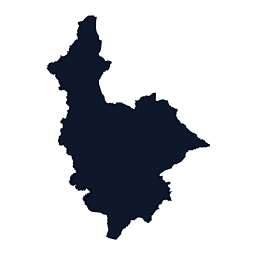 Mueang Trang, Trang, Thailand, rotated 271°
{"feature_id": "78962969B27556566790630", "entity_name": "Mueang Trang", "entity_type": "district", "adm_level": 2, "iso_a3": "THA", "parent_name": "Thailand", "parent_adm1": "Trang", "projection": "orthographic", "projection_center": [99.629, 7.592], "detail": "fine", "context": "isolated", "style": "filled", "palette": "ink", "viewbox_px": 256, "rotation_deg": 271, "n_neighbors": 0, "source": "geoboundaries", "source_scale": "gbopen_adm2", "svg_char_len": 5711}
<svg xmlns="http://www.w3.org/2000/svg" viewBox="0 0 256 256"><g transform="rotate(271 128 128)"><path d="M71.8,71.7L71.5,72.8L70.7,72.3L70.0,74.3L71.4,76.7L71.2,77.5L69.1,78.8L68.5,78.2L68.8,76.9L68.2,76.9L67.0,77.4L66.6,78.0L67.6,78.8L67.5,79.4L65.1,79.6L65.9,82.7L64.8,84.3L67.1,82.8L67.5,83.1L66.8,85.0L65.6,85.8L66.0,86.2L67.2,86.0L67.7,86.5L67.5,88.0L65.3,90.4L66.2,91.9L63.9,91.7L62.1,92.3L62.0,90.3L61.4,90.0L60.9,90.6L61.3,88.7L60.8,88.7L59.4,90.0L58.4,88.8L59.5,88.4L60.1,86.9L58.8,86.5L58.4,86.8L57.8,86.0L58.3,85.4L56.9,85.4L57.0,84.7L56.2,84.6L55.9,85.2L54.9,85.3L55.5,86.8L54.4,87.2L53.5,86.5L53.1,87.1L52.8,86.6L51.1,86.9L50.7,88.3L46.1,90.6L44.4,93.2L43.6,102.3L43.2,103.4L42.1,104.3L41.3,108.8L37.0,110.1L36.2,109.5L34.0,109.9L32.0,109.4L31.0,110.3L30.3,109.9L26.0,111.0L19.5,108.9L18.4,110.8L16.8,117.8L22.0,122.2L24.6,122.7L27.0,124.0L28.0,125.1L28.7,127.0L30.5,127.1L30.3,129.0L32.1,129.7L32.2,130.5L34.1,131.5L36.5,131.6L36.7,135.7L39.4,138.9L39.5,141.5L38.7,144.4L35.5,146.8L35.3,148.6L34.3,149.0L34.2,149.8L34.9,149.4L34.8,150.0L35.8,149.8L35.6,150.4L36.1,150.7L35.6,150.9L36.1,151.3L35.8,152.1L37.0,152.6L38.1,152.4L38.4,151.9L38.8,152.5L40.4,152.3L42.0,152.7L41.9,153.4L42.7,153.7L42.2,153.9L42.6,154.4L44.0,154.6L44.2,155.3L45.2,155.1L45.6,156.4L46.7,156.5L48.1,159.5L48.4,159.0L48.0,158.5L50.3,159.2L50.2,158.4L51.3,158.4L51.6,159.4L52.4,159.5L52.9,161.4L53.2,160.6L54.2,162.6L55.2,162.3L55.2,163.1L56.2,163.1L57.0,164.5L57.9,164.6L57.3,166.3L57.7,166.4L57.8,168.3L56.6,169.9L57.1,170.1L56.6,171.9L57.6,171.7L57.8,171.2L58.5,171.3L58.6,170.8L59.7,170.9L61.2,169.8L62.5,170.5L63.2,170.3L63.7,171.0L64.2,170.7L64.5,171.1L64.4,170.2L65.0,169.9L64.8,169.4L66.0,169.8L67.1,169.4L67.6,170.6L68.2,170.5L69.7,168.6L71.7,167.8L72.6,168.2L73.1,170.5L73.9,170.7L74.3,169.8L73.6,168.0L73.7,165.7L75.3,165.0L76.9,162.6L80.0,162.8L79.6,160.9L80.5,159.6L81.7,159.5L83.5,160.6L86.9,165.4L89.0,171.6L90.9,172.5L93.4,174.7L93.4,176.9L96.0,181.6L100.7,185.4L102.8,185.1L106.1,186.9L105.9,187.8L107.7,188.6L107.6,192.5L108.9,195.0L108.7,195.6L109.5,196.0L109.6,197.9L110.5,199.3L110.8,201.7L110.4,202.8L111.3,204.5L110.6,205.6L111.3,207.6L112.3,208.0L111.6,208.6L111.8,209.5L112.7,209.3L112.8,207.8L114.1,207.0L114.1,205.7L116.2,204.5L116.0,203.6L117.3,202.9L116.9,201.0L117.4,199.7L118.3,199.7L117.7,198.1L119.0,198.0L120.8,196.0L121.6,196.5L122.4,195.9L123.4,193.9L122.9,193.6L123.8,192.4L123.5,192.0L124.4,191.6L124.5,190.6L125.2,190.3L125.0,189.6L126.7,188.7L127.3,187.3L127.9,187.2L129.4,185.4L130.5,185.4L131.3,184.9L132.7,182.8L132.8,180.7L133.3,179.9L134.4,179.8L135.4,178.7L136.1,178.6L137.4,176.6L138.7,176.4L139.6,175.5L140.2,175.7L141.8,174.5L142.9,175.6L144.2,175.1L145.3,176.1L146.9,176.7L147.5,175.8L147.3,174.8L148.6,172.7L148.4,172.3L148.9,172.2L149.2,170.1L150.4,169.8L151.0,168.3L155.7,166.5L155.6,163.4L156.5,163.3L156.4,161.5L155.5,158.8L154.6,158.4L155.2,154.5L162.9,154.6L162.9,152.9L160.2,149.6L159.5,147.9L160.2,146.1L159.0,143.7L159.2,143.1L158.5,143.0L159.0,142.4L158.5,142.1L158.7,141.1L157.5,140.1L156.8,140.1L155.4,138.6L155.3,137.7L154.7,137.5L155.0,135.6L154.1,136.0L152.7,135.7L152.5,135.2L149.5,136.2L148.4,135.3L147.1,135.2L146.0,132.8L147.2,131.7L147.3,130.5L149.3,129.0L149.5,127.2L151.7,122.7L151.6,121.8L152.6,121.2L152.6,116.4L151.4,115.9L150.8,113.7L152.0,112.1L151.5,111.4L152.2,109.9L151.5,107.8L152.5,105.5L155.0,103.8L159.3,103.0L161.6,100.7L170.8,97.7L174.8,97.2L176.7,98.0L177.2,98.9L178.3,98.9L179.4,99.3L179.6,100.0L181.5,100.2L181.9,101.5L183.6,101.5L184.4,101.9L184.6,103.8L186.0,104.2L185.9,106.2L186.7,107.1L189.4,108.2L191.3,108.2L193.1,109.9L193.8,109.4L194.5,106.6L193.4,103.6L196.1,102.5L198.3,100.0L198.2,98.6L198.7,97.9L201.9,96.3L204.4,98.3L206.0,98.8L214.3,99.6L215.5,96.8L219.3,96.6L223.3,94.3L227.1,93.5L234.3,93.5L237.8,94.0L237.8,92.2L239.2,91.5L238.9,86.4L235.9,83.1L233.7,81.5L232.5,76.9L231.4,76.7L230.7,77.6L229.3,78.2L225.0,76.4L223.6,76.2L222.0,76.9L220.9,75.6L217.3,77.1L214.6,76.3L214.9,75.1L213.5,73.4L213.0,73.6L211.4,72.3L210.5,72.3L210.6,71.5L209.8,71.6L209.4,70.5L208.5,69.8L208.9,68.3L208.4,69.1L207.4,69.2L205.8,68.2L205.0,68.6L203.1,68.3L203.0,66.8L201.4,67.7L201.3,66.7L199.8,66.2L199.2,64.7L197.5,63.6L198.2,63.0L197.6,61.7L198.4,60.1L197.3,60.3L197.1,59.7L195.8,59.1L195.0,59.5L195.3,58.7L194.5,58.9L194.6,58.0L193.5,58.0L193.8,57.3L193.5,56.6L192.3,55.6L192.7,54.1L191.0,52.3L191.7,50.3L191.0,49.9L190.9,48.8L190.4,48.2L189.6,48.5L189.0,47.1L187.6,47.5L186.3,46.5L181.6,50.4L181.6,51.1L180.7,52.5L181.3,53.9L180.7,55.4L178.4,55.0L176.6,56.2L176.3,57.2L175.6,57.2L174.9,58.4L172.8,58.4L171.6,59.7L171.1,59.2L170.3,59.6L169.9,61.0L168.0,60.0L167.2,58.5L165.5,59.0L165.1,60.8L166.3,61.2L166.6,62.0L165.5,62.5L165.9,63.9L163.6,66.6L163.3,67.8L161.8,67.3L160.6,67.9L160.2,67.3L159.4,68.2L157.8,66.3L155.3,67.7L154.2,67.2L153.8,68.0L152.8,67.3L153.0,66.4L151.9,66.2L148.0,70.3L147.0,69.4L145.1,69.6L144.0,67.5L142.3,68.5L140.7,67.5L136.1,66.6L135.4,64.5L136.3,63.1L132.9,60.9L132.0,61.6L132.4,63.2L127.9,63.5L126.0,63.0L125.6,61.1L123.1,61.1L122.5,61.9L121.2,61.9L119.1,61.3L118.2,59.8L117.3,60.1L116.5,59.4L115.9,59.9L114.7,59.0L113.2,59.1L111.9,60.1L110.5,59.9L109.9,61.9L111.2,63.7L108.6,65.3L107.1,67.7L102.1,67.5L101.3,68.8L100.5,69.1L100.5,70.4L99.7,72.6L96.5,73.2L96.3,74.0L95.2,73.9L94.2,74.8L92.2,74.2L90.5,74.7L88.9,74.0L87.8,74.6L87.9,75.5L86.0,75.9L86.1,76.9L85.0,77.1L85.4,77.4L85.1,78.0L84.5,77.4L83.4,77.9L83.1,78.7L82.2,77.7L81.4,75.8L80.5,75.8L80.6,75.2L80.0,75.1L80.9,74.6L79.9,73.9L79.9,73.3L78.5,72.2L77.7,72.3L77.5,71.9L78.2,71.6L76.6,71.8L76.0,73.3L75.5,73.0L75.6,71.9L75.0,71.4L74.2,71.6L73.6,70.9L73.3,71.8L72.8,71.2L72.2,72.2L71.8,71.7Z" fill="#0f172a" stroke="#020617" stroke-width="1.5"/></g></svg>